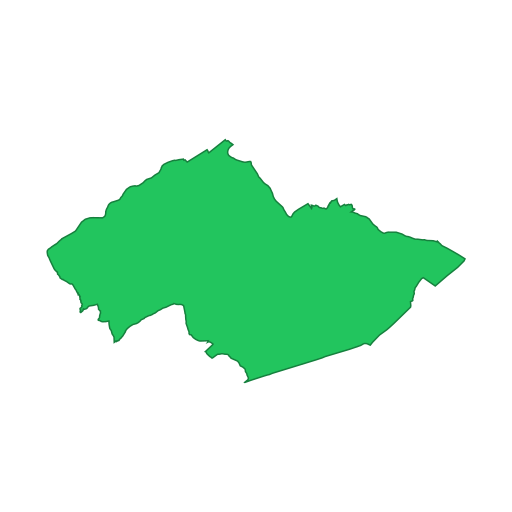 Melinesti, Dolj, Romania, rotated 342°
{"feature_id": "2599482B7239267207369", "entity_name": "Melinesti", "entity_type": "district", "adm_level": 2, "iso_a3": "ROU", "parent_name": "Romania", "parent_adm1": "Dolj", "projection": "orthographic", "projection_center": [23.668, 44.557], "detail": "fine", "context": "isolated", "style": "filled", "palette": "green", "viewbox_px": 512, "rotation_deg": 342, "n_neighbors": 0, "source": "geoboundaries", "source_scale": "gbopen_adm2", "svg_char_len": 5997}
<svg xmlns="http://www.w3.org/2000/svg" viewBox="0 0 512 512"><g transform="rotate(342 256 256)"><path d="M453.9,323.3L449.7,318.2L444.6,312.5L440.1,307.6L436.4,304.0L435.9,303.4L435.0,301.4L434.1,300.0L433.7,298.9L433.1,298.2L433.0,297.8L432.8,297.9L432.6,298.5L429.3,296.3L427.3,295.5L423.5,294.1L422.3,293.4L421.3,292.6L419.6,292.2L415.2,290.1L412.6,289.2L410.4,287.5L408.6,285.9L406.8,284.6L405.1,283.8L404.1,283.0L401.7,280.3L396.7,276.7L389.1,274.2L387.7,274.0L385.2,274.1L384.7,273.9L384.1,273.5L382.4,271.7L380.3,268.5L380.2,267.1L379.8,265.8L378.7,264.4L377.0,261.7L375.1,255.8L374.4,254.8L373.8,254.4L373.5,253.6L372.4,252.5L367.6,249.7L366.2,248.2L365.6,247.2L363.3,245.7L361.8,244.2L360.2,243.5L361.2,243.2L362.0,242.7L363.6,242.6L364.4,242.0L364.0,241.5L363.0,241.2L362.7,240.6L362.7,239.2L363.0,238.2L362.8,236.7L362.7,236.5L362.5,236.3L360.7,236.2L360.0,235.5L358.8,235.7L358.4,235.4L357.0,235.8L356.7,235.4L356.1,234.3L351.5,235.3L350.6,232.8L350.2,230.0L350.3,228.3L350.6,226.4L347.7,227.3L344.9,227.0L344.5,227.5L343.7,227.9L343.1,228.7L342.9,228.7L342.9,228.2L342.7,228.3L341.1,229.8L340.8,230.1L340.8,230.5L340.3,230.5L339.0,232.1L337.4,232.9L336.4,232.5L336.0,231.8L335.2,231.4L334.5,231.4L333.7,231.1L333.0,230.4L331.6,229.7L330.9,229.0L330.4,227.8L328.6,226.2L327.5,226.6L326.9,226.5L326.2,226.2L325.4,225.4L324.4,224.8L324.2,227.0L323.5,228.0L321.6,222.3L310.9,224.7L306.3,226.1L304.3,227.3L302.0,229.6L301.2,229.8L300.3,229.4L299.4,228.7L298.7,227.6L297.9,225.8L297.5,223.4L296.8,220.6L296.6,218.3L296.2,217.3L292.1,210.1L291.2,207.6L290.8,204.8L291.0,201.5L290.5,197.4L290.4,196.0L289.0,192.7L287.1,190.5L285.8,188.4L283.9,183.2L283.0,181.6L282.7,178.3L279.8,168.0L280.2,165.8L280.1,164.5L279.0,164.1L275.1,163.6L273.9,163.2L272.2,162.2L267.1,158.6L266.0,157.5L264.8,155.9L263.5,155.0L262.4,153.7L261.2,152.0L260.9,150.7L260.9,149.2L261.5,147.6L262.2,146.5L263.3,145.3L264.4,144.6L265.9,143.9L268.5,143.0L267.4,141.3L266.2,140.0L265.7,138.7L265.1,137.8L264.8,137.6L263.7,137.7L263.3,137.4L262.9,136.7L262.7,135.9L243.0,143.3L242.7,142.5L242.7,141.3L242.3,139.8L219.6,145.4L218.5,143.3L218.3,142.7L217.1,142.7L216.9,141.4L216.7,141.4L212.6,140.6L210.1,140.4L208.8,140.2L208.2,139.8L206.1,139.6L201.4,139.7L196.7,140.4L194.5,141.4L194.4,141.7L193.3,142.7L192.8,143.6L191.4,145.1L190.5,145.7L189.8,146.6L189.0,146.9L184.9,147.8L180.7,149.4L175.7,149.4L173.8,150.1L171.2,151.5L166.4,152.8L163.9,152.6L163.2,152.3L162.8,151.9L160.5,151.5L158.0,151.3L157.0,151.5L153.4,152.6L148.5,156.3L148.0,157.1L146.8,158.0L145.7,158.5L143.9,160.1L142.3,160.4L137.5,160.4L135.5,160.3L133.9,160.6L132.2,161.4L131.3,162.1L130.0,163.7L128.2,165.4L126.8,167.4L126.3,168.9L125.4,170.5L124.7,171.3L123.7,171.8L121.9,172.3L112.8,169.2L109.9,168.4L105.0,168.3L100.5,169.9L92.6,176.1L91.7,176.6L87.5,177.6L76.2,179.7L76.6,179.8L73.4,181.1L70.7,182.5L69.1,183.1L69.0,182.9L64.4,184.2L63.3,184.7L60.7,185.4L59.3,186.4L58.9,187.0L58.5,188.3L58.1,190.8L58.2,191.7L58.7,193.8L58.7,194.8L59.0,197.9L60.1,206.0L60.6,207.5L61.2,208.6L61.6,209.5L62.2,209.9L61.7,211.9L62.4,213.0L62.7,214.2L63.0,214.7L62.9,216.3L64.6,218.6L65.3,218.7L65.8,219.6L67.9,221.7L70.2,224.8L71.0,225.3L72.0,225.5L72.7,226.2L73.1,227.6L73.9,231.7L74.4,233.0L74.5,234.9L75.3,235.8L75.3,236.1L74.9,236.4L75.3,237.0L74.8,237.9L75.3,238.3L75.8,238.3L75.9,239.7L76.2,240.0L75.7,240.4L75.7,241.8L75.2,242.5L75.2,242.8L75.6,243.2L75.5,244.2L75.7,244.8L75.3,245.2L75.2,246.4L75.8,247.5L75.7,248.5L74.9,249.3L74.9,250.2L73.7,251.1L72.6,251.4L72.2,252.0L72.5,253.1L72.1,253.4L72.0,254.0L71.5,254.6L71.4,254.9L71.9,255.6L74.3,254.6L75.1,253.8L75.2,253.2L75.6,253.1L75.8,253.6L78.3,253.7L79.4,253.3L80.9,252.2L82.1,252.0L86.1,252.7L90.2,252.9L90.3,254.9L90.2,256.8L89.8,257.8L90.3,259.1L91.1,260.3L90.7,260.8L90.6,262.0L90.5,262.3L89.7,263.1L89.4,263.7L88.6,264.9L88.5,265.7L87.7,266.7L86.5,267.4L86.6,267.6L86.3,267.9L86.2,268.4L88.1,269.6L88.4,270.3L89.7,271.1L92.9,272.0L96.0,272.4L95.2,275.5L94.7,278.6L94.6,279.8L94.7,280.3L95.3,282.2L95.1,285.7L95.7,287.8L95.9,289.3L94.5,294.3L95.1,294.1L96.0,293.5L96.4,293.8L96.9,293.8L96.5,294.2L96.7,294.3L97.5,293.8L98.0,294.1L99.0,293.8L99.2,294.0L99.5,294.0L101.3,292.6L102.6,292.2L103.1,291.7L104.3,291.1L108.5,287.6L108.5,287.1L110.4,285.7L112.0,284.9L114.5,283.9L117.9,283.1L121.5,283.3L123.6,282.9L125.8,282.0L127.2,281.1L129.0,281.0L130.2,280.7L130.3,280.8L131.3,280.2L135.8,279.6L137.0,279.8L139.1,279.6L140.5,279.2L142.6,279.0L146.1,277.7L148.6,277.5L151.2,276.8L154.6,276.9L160.2,276.1L162.3,276.2L163.2,275.8L165.4,277.4L167.4,278.2L168.8,278.5L170.4,279.3L171.4,280.3L171.8,281.2L171.0,287.7L170.8,288.5L170.9,289.9L170.7,290.8L170.4,291.7L169.7,294.5L169.4,296.7L168.7,298.5L168.8,302.9L168.7,304.9L168.9,307.3L168.8,307.8L168.4,308.8L168.5,310.1L168.8,310.4L170.1,311.0L170.7,313.1L171.2,314.3L172.8,316.5L174.4,318.1L175.8,319.2L176.6,319.6L184.3,321.8L183.8,322.2L184.0,322.7L183.6,323.0L184.5,322.9L185.8,323.7L186.8,324.8L187.9,326.5L186.9,327.2L178.3,331.3L178.8,331.7L179.0,333.3L179.3,334.2L181.0,337.3L181.8,338.2L182.4,339.3L182.7,339.5L183.5,339.4L188.3,337.8L189.2,337.6L190.9,338.1L193.4,338.4L194.7,339.0L195.7,339.6L198.2,340.6L199.3,341.6L199.5,343.0L200.1,343.9L200.7,345.5L205.4,349.7L206.1,350.5L206.8,352.5L207.1,355.6L209.0,357.4L210.2,359.3L210.7,360.4L210.6,361.2L210.3,362.3L210.3,362.8L210.9,364.9L210.7,366.5L211.1,369.2L210.8,370.3L210.0,371.2L206.2,372.7L206.3,372.8L213.2,372.6L226.3,372.6L230.6,372.7L231.7,372.9L235.4,372.6L280.3,373.3L287.5,373.3L290.8,373.0L316.3,373.6L327.9,373.4L331.2,372.7L332.5,372.8L334.5,373.7L337.1,376.1L340.1,374.1L349.1,369.3L357.5,366.6L361.3,365.0L365.9,362.9L387.2,352.4L387.9,351.0L388.8,347.1L390.9,347.0L391.3,346.8L391.5,346.5L391.6,345.6L391.9,344.7L392.5,344.2L393.8,341.9L394.7,341.0L395.0,340.3L395.1,339.4L395.3,338.5L396.4,337.3L397.6,335.3L398.9,334.5L402.6,331.3L406.5,328.7L408.4,328.3L417.2,339.9L431.7,333.8L444.3,329.1L452.3,325.0L453.9,323.3Z" fill="#22c55e" stroke="#15803d" stroke-width="1.5"/></g></svg>